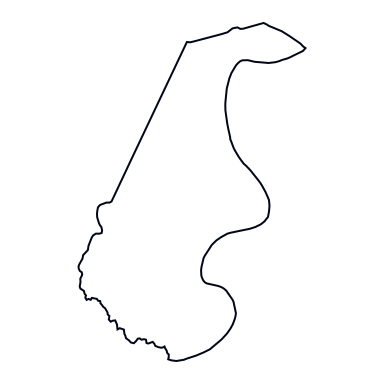 the district of Palestina do Pará, Pará, Brazil
{"feature_id": "56859067B39725810358642", "entity_name": "Palestina do Pará", "entity_type": "district", "adm_level": 2, "iso_a3": "BRA", "parent_name": "Brazil", "parent_adm1": "Pará", "projection": "robinson", "projection_center": [-48.372, -5.911], "detail": "fine", "context": "isolated", "style": "outline", "palette": "ink", "viewbox_px": 384, "rotation_deg": 0, "n_neighbors": 0, "source": "geoboundaries", "source_scale": "gbopen_adm2", "svg_char_len": 2322}
<svg xmlns="http://www.w3.org/2000/svg" viewBox="0 0 384 384"><path d="M80.3,278.8L80.5,282.0L79.7,286.6L80.4,288.6L83.9,290.9L84.6,293.7L86.0,295.5L85.3,297.7L86.6,299.9L88.5,298.9L90.7,299.8L91.8,297.9L96.9,298.9L98.0,300.7L100.2,301.1L100.5,303.3L102.1,305.2L103.4,307.0L105.0,308.1L107.5,312.4L107.7,314.5L109.4,316.0L108.8,319.5L110.7,321.7L112.7,320.7L115.2,320.4L117.0,324.6L117.5,329.4L119.8,328.2L123.9,329.6L124.4,333.8L125.4,335.8L126.0,338.2L129.1,340.5L130.9,342.5L133.8,343.2L135.7,341.5L137.8,338.7L139.7,338.4L141.5,339.7L144.1,339.2L146.0,339.7L146.5,343.0L148.3,343.5L152.7,341.9L154.3,343.7L155.3,345.9L158.3,347.1L160.9,347.7L162.8,347.5L164.5,346.5L165.2,348.4L166.6,350.5L167.2,352.9L168.8,354.6L168.7,357.2L168.2,359.3L171.2,360.3L176.4,361.0L184.2,359.7L186.2,358.8L196.1,355.6L203.7,352.4L209.9,349.3L220.8,340.1L222.3,338.7L227.0,333.5L230.2,329.0L232.8,324.3L234.7,319.2L235.6,315.8L235.9,313.0L233.5,301.8L232.5,299.7L226.3,290.7L224.0,288.7L222.3,287.6L218.8,286.1L206.7,283.4L204.8,282.3L203.3,280.5L201.9,277.5L201.3,275.3L201.1,269.9L201.6,266.4L203.6,258.1L204.7,255.9L211.9,244.8L216.4,240.4L220.9,237.3L227.3,233.7L230.4,232.8L241.4,230.5L249.8,228.8L255.4,227.0L260.7,224.4L264.4,221.5L268.0,216.9L269.0,211.5L269.5,205.8L269.0,200.1L267.5,196.5L266.6,194.5L265.5,192.0L262.5,186.5L260.9,183.8L259.3,181.5L250.4,170.3L246.3,166.0L243.5,163.5L238.8,157.0L234.7,150.1L233.7,148.1L231.1,141.2L230.3,139.3L230.1,137.0L228.2,128.5L227.2,123.3L225.4,110.3L225.3,105.2L225.4,102.3L226.8,88.4L229.3,78.6L231.4,73.1L235.9,65.5L238.0,63.1L240.5,61.1L242.5,60.3L247.9,60.2L254.7,61.8L268.7,63.0L272.8,62.5L275.4,62.2L279.3,61.1L282.2,59.9L286.9,58.6L288.7,57.9L291.7,56.5L293.4,55.6L302.9,51.0L305.5,48.1L303.2,46.5L300.6,43.7L291.4,37.4L289.2,35.9L281.7,31.2L268.9,25.9L266.2,24.2L263.5,23.0L243.2,28.7L240.4,28.9L237.4,27.4L232.5,28.4L227.5,32.3L221.6,34.1L192.4,41.8L190.2,42.3L186.9,42.0L130.9,160.3L114.5,195.2L111.5,201.5L109.5,202.6L106.3,202.6L100.0,205.0L98.0,207.3L97.3,210.8L97.0,214.0L97.2,217.4L98.9,223.0L99.9,225.1L101.4,227.1L102.1,230.4L101.7,232.9L99.4,233.7L95.8,233.7L93.0,235.5L91.6,237.9L88.5,245.8L87.9,250.0L83.2,255.1L82.4,258.9L80.6,262.0L79.2,264.6L78.5,266.6L78.8,268.9L79.9,271.0L81.8,272.3L82.2,274.8L80.3,278.8Z" fill="none" stroke="#020617" stroke-width="2"/></svg>